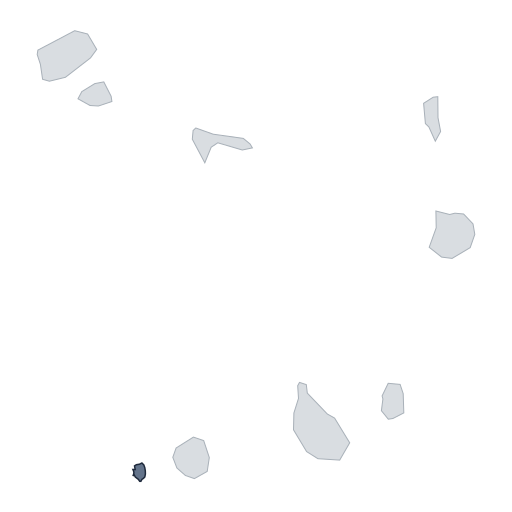 location of Brava within Cabo Verde
{"feature_id": "CPV-5041", "entity_name": "Brava", "entity_type": "state/province", "adm_level": 1, "iso_a3": "CPV", "parent_name": "Cabo Verde", "parent_adm1": "", "projection": "robinson", "projection_center": [-24.723, 14.852], "detail": "fine", "context": "in_parent", "style": "filled", "palette": "slate", "viewbox_px": 512, "rotation_deg": 0, "n_neighbors": 0, "source": "natural_earth", "source_scale": "10m", "svg_char_len": 1487}
<svg xmlns="http://www.w3.org/2000/svg" viewBox="0 0 512 512"><path d="M349.7,442.8L339.7,460.1L317.9,458.7L306.6,451.6L293.5,429.8L293.9,413.0L298.5,398.4L297.7,385.7L299.5,382.4L306.3,384.6L307.3,393.1L327.3,414.0L334.6,418.1L349.7,442.8ZM65.4,77.3L49.4,81.2L42.6,79.3L40.4,64.3L37.2,54.5L37.9,50.1L74.7,30.7L87.6,34.0L96.7,49.4L90.5,57.9L65.4,77.3ZM435.9,211.0L449.7,214.5L454.9,213.2L463.6,214.0L473.0,223.9L474.8,234.4L470.2,247.6L452.1,258.4L441.6,257.1L429.2,247.3L436.2,227.8L435.9,211.0ZM207.2,471.4L194.4,478.6L185.4,475.5L176.9,468.0L172.8,457.3L176.1,448.0L193.4,437.1L203.7,440.6L209.3,457.6L207.2,471.4ZM243.3,138.4L250.1,144.0L252.4,147.9L242.3,150.0L217.8,142.8L211.2,147.2L204.8,162.8L192.3,139.2L193.1,130.5L195.8,128.0L213.2,134.2L243.3,138.4ZM392.9,418.5L388.3,419.2L381.4,410.7L382.9,399.0L382.1,395.9L388.2,383.3L400.1,384.4L403.2,393.7L403.8,412.9L392.9,418.5ZM111.9,101.5L98.4,106.0L90.0,105.5L78.0,98.8L81.8,91.6L94.8,83.6L103.8,81.9L111.1,96.2L111.9,101.5ZM440.6,131.5L435.3,141.2L428.9,127.0L425.4,123.6L423.6,103.3L433.2,97.2L437.8,96.7L438.0,117.7L440.6,131.5Z" fill="#d9dde1" stroke="#a8b0b8" stroke-width="1"/><path d="M141.9,463.0L143.8,464.9L144.8,467.7L145.3,470.8L145.4,474.0L144.8,477.0L143.4,478.4L141.9,479.4L140.9,481.3L139.7,481.3L138.4,479.4L135.3,477.0L134.1,474.7L132.9,476.0L133.6,474.3L133.9,472.7L133.6,471.1L132.9,469.5L135.2,469.5L134.5,465.9L136.4,464.7L139.5,464.2L141.9,463.0Z" fill="#64748b" stroke="#1e293b" stroke-width="1.5"/></svg>